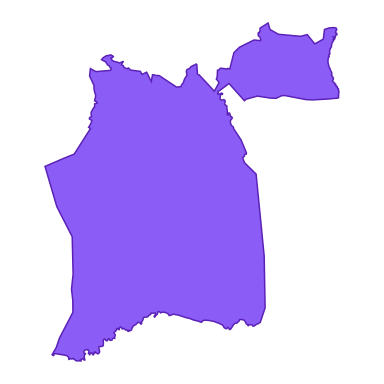 San Pedro Pochutla, Oaxaca, Mexico (Natural Earth projection)
{"feature_id": "50627088B77696414551918", "entity_name": "San Pedro Pochutla", "entity_type": "district", "adm_level": 2, "iso_a3": "MEX", "parent_name": "Mexico", "parent_adm1": "Oaxaca", "projection": "natural_earth1", "projection_center": [-96.39, 15.79], "detail": "fine", "context": "isolated", "style": "filled", "palette": "violet", "viewbox_px": 384, "rotation_deg": 0, "n_neighbors": 0, "source": "geoboundaries", "source_scale": "gbopen_adm2", "svg_char_len": 5802}
<svg xmlns="http://www.w3.org/2000/svg" viewBox="0 0 384 384"><path d="M52.1,354.7L53.4,355.6L53.9,355.3L53.7,354.1L54.5,353.7L56.3,353.8L64.9,355.2L66.6,355.6L67.7,356.4L68.5,357.2L68.9,359.4L69.4,359.3L69.9,358.5L71.4,359.0L72.0,359.0L72.6,358.5L73.3,358.5L73.7,359.1L74.5,359.3L75.5,360.5L76.3,360.8L79.3,360.9L79.6,360.4L80.0,360.2L80.5,360.9L81.0,361.0L81.3,359.2L82.5,358.8L84.3,360.1L84.8,360.0L84.5,357.9L84.0,357.1L84.6,355.0L84.5,354.7L85.4,354.0L85.4,353.5L84.1,353.3L83.8,352.5L83.9,351.3L84.4,350.6L86.4,349.5L87.3,349.6L87.8,350.1L88.4,350.2L89.0,351.4L88.4,353.4L89.8,354.7L90.5,352.9L91.0,352.7L91.6,353.0L93.1,354.9L93.6,354.7L93.5,353.2L94.7,353.1L94.6,352.0L94.9,351.8L97.6,353.8L98.4,353.7L98.9,353.2L99.7,351.9L98.8,347.4L99.1,346.5L101.6,346.5L103.0,345.9L103.3,345.4L103.4,343.2L103.2,340.7L104.1,339.1L104.7,339.0L105.2,339.4L105.7,340.3L106.9,340.9L107.8,340.2L108.1,338.9L109.0,338.7L109.9,340.1L110.6,340.4L112.1,339.9L112.2,339.1L112.9,338.3L114.7,338.4L114.6,336.8L115.1,336.1L115.2,334.7L114.9,334.2L114.3,333.8L114.1,332.8L114.3,332.0L115.4,331.6L115.5,330.8L116.3,330.4L116.5,330.1L116.5,329.1L117.4,328.3L117.9,328.6L118.4,329.5L119.3,329.5L119.5,328.0L120.1,327.0L120.6,326.9L121.3,327.3L122.3,329.0L123.1,328.9L123.4,328.4L123.9,328.4L124.4,328.7L125.6,330.0L127.1,330.0L127.2,330.4L127.9,331.2L128.4,331.4L128.8,331.0L128.8,330.3L129.1,330.2L129.6,330.8L130.4,330.6L131.5,330.0L132.2,327.7L133.5,325.8L136.0,324.4L137.5,322.8L138.4,322.3L140.1,322.9L140.6,323.9L141.0,324.1L141.7,323.5L141.5,322.0L142.0,321.2L142.5,320.8L143.2,319.0L143.3,317.9L143.7,317.4L147.6,316.9L148.2,316.4L148.7,315.4L150.1,314.8L150.7,314.4L150.8,313.2L151.1,313.0L152.2,313.2L155.2,313.0L155.4,313.4L155.2,315.1L154.2,316.0L154.3,316.9L154.7,317.1L155.5,316.0L155.6,315.4L156.6,315.0L157.0,314.6L157.8,312.8L157.8,312.2L158.4,311.6L159.1,311.5L160.7,312.9L161.8,312.3L163.1,312.2L164.4,312.2L165.5,312.7L166.7,312.9L167.9,313.7L169.2,315.5L169.8,315.6L170.4,315.1L171.9,314.9L172.5,314.4L173.9,314.1L175.2,314.6L178.0,315.0L185.2,317.4L190.1,318.6L193.2,319.9L198.6,321.3L201.3,322.3L201.8,322.0L201.9,321.5L203.1,320.6L204.7,320.2L208.4,320.4L213.6,321.3L220.3,323.9L222.7,325.2L224.3,327.8L226.1,328.7L226.7,328.7L227.2,327.9L227.8,327.5L228.3,327.6L229.5,329.5L230.1,329.5L231.1,328.6L233.5,324.6L235.6,323.0L236.5,323.2L237.3,322.8L237.6,322.3L239.0,321.2L239.5,320.3L239.6,319.6L240.4,319.4L243.9,320.0L244.7,320.8L246.4,324.1L247.8,324.6L247.9,325.5L248.2,325.7L248.7,325.4L249.1,324.7L250.6,324.7L252.2,324.9L252.9,326.1L253.7,326.2L255.2,325.3L256.5,324.3L258.5,323.6L259.9,322.4L260.3,322.3L265.1,307.9L264.2,256.2L256.1,174.1L244.6,162.8L242.7,158.0L244.3,156.1L244.9,154.2L246.2,154.2L246.5,153.0L241.0,139.8L233.6,128.6L233.4,127.1L231.6,125.5L231.1,124.7L230.4,122.6L230.4,120.5L231.9,118.7L232.3,117.9L231.7,116.8L230.6,116.4L229.6,113.1L228.8,113.0L228.0,114.9L227.7,115.1L227.3,114.7L227.3,111.0L226.7,107.3L227.0,106.3L226.3,105.5L224.9,104.7L224.6,103.8L224.8,102.6L225.2,101.8L225.1,100.9L224.8,100.2L223.7,99.6L221.8,100.3L220.3,99.3L220.0,97.8L220.6,94.7L220.8,94.4L222.4,94.4L222.6,93.7L222.3,93.4L221.5,93.1L218.1,94.3L217.7,94.0L218.2,92.3L217.9,91.9L229.0,83.5L244.4,100.7L246.1,99.2L257.3,96.1L270.5,98.1L276.1,98.3L281.4,95.8L284.6,95.5L305.9,99.6L312.4,99.9L328.4,99.0L337.7,98.1L338.6,97.7L338.4,97.1L338.7,95.3L338.4,94.9L338.6,94.3L338.5,93.3L339.0,92.7L338.7,91.6L338.8,90.6L338.5,90.4L338.3,89.6L338.4,88.8L337.8,88.5L337.5,87.6L336.9,87.1L337.1,86.5L335.5,85.4L335.7,84.4L335.1,84.3L334.8,83.2L333.6,82.4L332.5,80.9L333.4,79.0L333.4,78.4L332.7,76.8L331.9,75.7L331.4,75.3L331.9,74.2L331.6,72.2L330.7,70.8L329.8,68.0L329.2,67.5L328.0,62.4L328.0,60.0L328.4,57.3L329.3,56.8L328.8,54.6L329.6,54.3L329.9,53.3L329.5,51.5L330.0,49.7L329.9,49.1L330.3,48.9L330.4,48.4L331.0,47.6L331.5,46.3L331.6,44.4L331.8,44.2L332.2,42.3L333.1,41.5L333.6,40.3L333.2,39.6L333.6,39.4L333.5,38.4L333.9,37.8L334.0,37.0L333.7,36.8L334.4,36.8L334.7,37.6L334.5,38.4L334.7,38.7L335.7,35.4L336.2,34.8L337.0,34.7L336.6,33.2L335.8,33.1L335.5,32.8L335.6,32.1L335.9,31.5L335.9,30.6L336.8,29.7L336.2,28.1L334.9,27.7L333.2,27.6L329.4,27.9L324.5,29.4L323.3,39.1L314.8,43.9L307.2,34.6L300.6,36.3L278.5,34.3L270.0,29.5L268.1,23.0L260.2,28.0L259.9,29.1L260.2,30.1L260.0,30.8L259.3,32.8L258.6,32.5L258.3,32.8L258.1,34.0L258.4,35.1L258.3,35.6L258.6,36.1L260.1,37.2L260.7,39.6L260.5,40.6L254.0,40.0L239.5,47.2L233.9,52.7L229.8,69.0L227.8,68.4L227.0,69.0L221.0,68.2L220.4,68.3L218.4,70.2L217.5,70.2L217.2,76.3L216.9,77.7L216.3,79.0L219.1,82.5L214.3,91.2L199.2,74.9L198.2,74.8L197.2,73.6L197.4,73.2L196.8,64.5L196.1,64.0L195.0,64.9L193.9,65.1L191.5,66.4L190.8,66.8L190.3,67.6L189.3,68.6L187.1,69.5L186.4,70.9L186.4,71.9L187.0,75.1L184.5,79.1L183.2,82.9L181.5,84.9L181.1,86.6L176.6,87.1L159.2,75.6L155.5,75.4L154.4,74.9L152.5,74.8L151.3,81.5L146.6,72.2L142.0,74.4L140.4,71.4L130.2,70.0L129.7,69.0L128.5,68.1L128.2,68.0L127.7,68.6L127.4,68.6L125.2,68.2L124.7,67.6L124.0,67.3L123.3,65.6L121.5,64.9L121.7,63.9L123.2,61.8L123.0,61.5L119.7,62.9L119.0,62.9L118.0,62.3L114.2,61.4L112.7,60.7L112.0,60.2L111.0,58.1L112.4,57.6L113.4,56.6L113.1,56.2L110.6,54.8L109.2,55.4L106.4,55.7L103.2,57.7L101.5,59.7L105.8,62.0L107.6,65.0L109.4,66.0L110.3,67.9L110.8,68.0L111.3,68.4L111.1,69.6L110.2,70.4L95.9,71.6L90.4,68.6L89.6,76.1L94.2,85.9L93.9,87.1L94.2,89.9L94.7,92.4L95.5,94.5L95.6,96.0L95.4,97.6L94.8,99.4L94.6,100.6L94.8,101.0L95.9,101.3L96.7,102.0L97.2,103.0L97.1,103.3L95.8,103.4L94.6,103.9L94.6,107.1L93.7,107.7L91.2,112.1L91.1,114.1L91.6,116.6L89.8,117.4L89.4,118.2L89.5,119.1L91.9,120.4L90.9,123.5L88.6,127.4L90.5,128.5L74.2,154.1L62.4,158.9L45.0,166.4L56.8,206.6L72.2,236.7L73.1,274.2L71.5,289.3L72.8,300.4L72.9,312.3L59.6,337.8L56.2,347.6L52.1,354.7Z" fill="#8b5cf6" stroke="#5b21b6" stroke-width="1.5"/></svg>